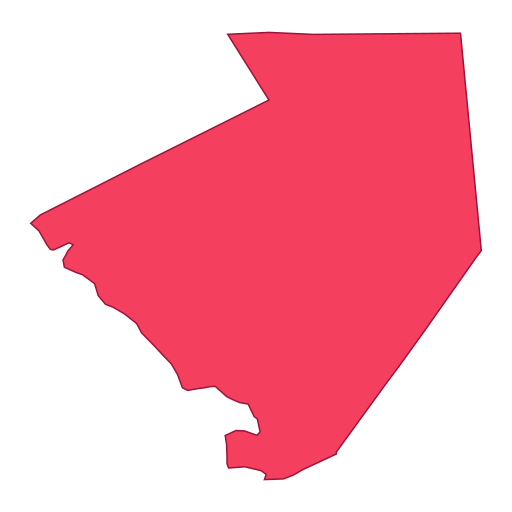 outline of Bababe, Brakna, Mauritania
{"feature_id": "47542326B74593484893275", "entity_name": "Bababe", "entity_type": "district", "adm_level": 2, "iso_a3": "MRT", "parent_name": "Mauritania", "parent_adm1": "Brakna", "projection": "mercator", "projection_center": [-14.01, 16.466], "detail": "fine", "context": "isolated", "style": "filled", "palette": "rose", "viewbox_px": 512, "rotation_deg": 0, "n_neighbors": 0, "source": "geoboundaries", "source_scale": "gbopen_adm2", "svg_char_len": 951}
<svg xmlns="http://www.w3.org/2000/svg" viewBox="0 0 512 512"><path d="M227.7,34.3L268.9,100.0L241.0,114.0L140.1,164.3L101.0,184.2L40.4,214.9L30.7,223.3L39.0,230.9L47.0,244.9L50.4,249.4L53.5,250.0L69.0,242.8L73.2,244.7L67.9,251.0L65.4,255.8L63.0,259.9L64.4,267.3L75.7,272.3L82.5,274.7L94.6,283.6L98.2,295.6L105.5,304.3L113.0,307.2L124.2,313.7L136.6,323.5L141.6,332.9L154.3,345.9L164.0,356.3L171.4,364.0L177.5,374.4L180.7,383.1L182.5,387.8L187.7,390.4L197.4,388.7L204.0,387.8L210.6,386.6L215.3,386.4L226.6,396.5L232.5,399.5L239.9,402.6L248.2,404.1L254.1,416.5L257.3,418.9L260.1,431.9L256.9,435.3L244.5,430.9L236.0,430.5L225.2,435.5L226.6,444.6L227.0,456.2L227.0,463.7L228.6,468.0L245.0,466.8L260.9,470.6L266.2,474.4L264.4,479.6L283.5,478.9L293.5,475.0L302.4,469.8L336.3,454.0L336.5,451.8L387.1,382.2L399.2,366.0L425.9,328.9L476.8,256.5L481.3,250.6L460.5,33.2L313.1,34.4L268.9,32.4L227.7,34.3Z" fill="#f43f5e" stroke="#9f1239" stroke-width="1.5"/></svg>